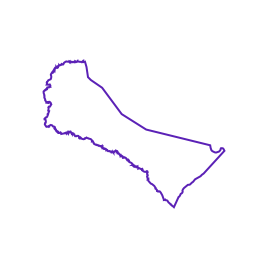 outline of Mbadjini Est, Andjazîdja, Comoros, rotated 145°
{"feature_id": "10938185B84550121750878", "entity_name": "Mbadjini Est", "entity_type": "district", "adm_level": 2, "iso_a3": "COM", "parent_name": "Comoros", "parent_adm1": "Andjazîdja", "projection": "mercator", "projection_center": [43.472, -11.838], "detail": "fine", "context": "isolated", "style": "outline", "palette": "violet", "viewbox_px": 256, "rotation_deg": 145, "n_neighbors": 0, "source": "geoboundaries", "source_scale": "gbopen_adm2", "svg_char_len": 5917}
<svg xmlns="http://www.w3.org/2000/svg" viewBox="0 0 256 256"><g transform="rotate(145 128 128)"><path d="M70.6,66.7L114.0,116.3L125.2,143.0L126.1,175.8L130.9,188.6L131.6,192.6L127.0,201.8L125.2,207.0L126.7,207.5L127.1,207.9L126.7,208.3L127.2,208.3L127.0,208.6L127.7,208.5L128.5,209.0L129.6,210.0L130.0,210.2L130.6,211.2L131.3,211.3L131.4,211.5L131.2,211.8L132.0,211.7L132.5,212.0L132.7,212.4L133.0,211.9L133.2,212.0L133.1,212.5L133.7,212.5L133.6,213.0L134.1,212.8L134.2,213.1L134.4,213.1L134.8,213.4L135.2,213.4L135.2,213.7L136.0,214.1L136.1,214.5L137.0,215.3L137.2,215.1L137.2,215.7L137.7,215.5L137.9,216.1L138.3,215.7L138.5,216.4L140.0,217.4L140.2,217.8L141.0,218.1L142.8,218.1L143.3,218.0L143.9,217.5L144.7,217.3L145.0,217.8L145.6,218.2L145.7,218.5L146.0,218.4L146.1,218.0L146.3,218.1L146.6,218.1L146.7,218.3L147.5,218.3L148.2,218.9L148.5,218.8L148.5,219.0L148.8,218.7L149.4,218.9L149.9,218.4L150.2,218.5L150.6,217.8L151.2,217.7L151.7,218.3L151.2,218.8L151.8,218.8L151.8,219.1L152.1,218.7L152.3,219.0L153.0,219.2L153.8,218.9L153.5,218.4L154.7,218.2L155.1,217.6L155.1,217.2L155.3,217.0L155.3,217.6L154.9,218.6L155.3,218.1L156.3,217.8L157.1,217.3L157.8,217.3L158.2,216.9L157.1,216.9L157.2,216.7L157.7,216.8L158.0,216.4L158.9,216.8L159.2,216.5L159.6,216.5L160.4,216.2L160.8,215.7L161.1,214.5L162.2,213.1L163.4,212.3L165.9,212.8L167.3,212.2L167.8,212.3L168.6,211.7L168.6,211.1L169.7,210.2L169.1,209.9L168.8,209.4L168.3,209.0L167.1,208.5L167.2,207.4L167.7,206.9L168.0,206.2L168.6,206.6L169.0,206.8L169.4,206.6L170.0,207.1L170.7,207.0L170.7,207.4L170.9,207.5L171.8,206.9L172.1,206.2L172.6,206.2L173.2,206.8L174.0,206.3L174.4,206.7L175.9,206.4L175.9,206.2L176.4,206.0L177.0,205.1L177.7,202.7L178.2,202.4L178.5,201.4L179.1,200.9L179.4,199.0L180.0,198.1L179.9,196.1L180.4,195.6L178.7,194.0L178.3,194.0L177.9,194.3L177.9,194.8L177.2,194.4L176.9,193.1L177.3,191.4L177.8,191.4L178.2,190.9L179.7,190.3L180.5,190.9L181.4,190.6L181.5,190.0L182.4,188.9L183.4,188.0L182.9,187.1L185.2,185.5L185.7,185.6L185.9,185.5L185.8,184.9L187.8,183.6L188.5,183.5L189.2,183.8L191.1,183.5L191.4,183.0L190.7,182.4L191.4,180.7L192.4,179.5L193.2,179.6L194.1,178.6L194.2,176.0L193.9,175.6L193.6,175.7L192.8,175.1L192.4,175.1L192.2,174.3L191.7,174.3L191.2,175.0L189.5,174.8L188.6,173.6L188.6,172.3L187.7,171.5L187.4,170.6L187.6,170.2L188.0,170.4L188.6,169.9L188.5,168.6L187.9,168.2L188.1,167.1L188.5,166.9L188.5,166.5L188.0,166.6L187.4,165.2L188.1,164.8L188.1,164.2L187.9,163.8L186.9,163.2L186.5,163.0L185.9,163.2L185.7,162.8L185.8,162.0L186.1,161.4L183.6,160.3L181.5,159.8L181.4,159.6L181.6,159.4L181.2,159.3L181.3,158.8L180.7,159.1L180.6,158.5L180.0,158.6L180.0,158.1L179.6,158.6L179.5,158.0L179.0,158.0L179.0,158.3L178.6,158.3L178.4,158.6L178.2,158.3L177.9,158.4L177.1,158.1L177.2,157.1L176.9,156.5L177.3,156.2L177.1,155.6L177.4,155.2L176.9,155.0L176.3,155.3L176.0,155.0L176.3,154.6L176.0,154.7L175.6,153.5L175.9,153.1L176.0,151.6L174.9,150.8L174.4,150.9L173.2,150.0L173.0,148.3L173.1,148.2L173.3,148.5L173.8,148.0L173.7,147.2L173.1,146.8L172.3,147.3L171.9,145.4L170.7,144.2L169.7,143.9L169.4,143.9L169.3,144.3L168.9,144.3L168.4,143.9L167.5,144.0L167.0,142.9L166.3,142.2L166.3,141.9L164.9,140.3L164.6,138.5L165.0,138.0L164.6,138.0L164.4,137.7L164.5,136.7L164.6,135.6L164.8,135.6L164.9,134.3L164.3,133.3L163.8,133.0L163.9,132.6L163.5,132.1L163.0,131.4L162.7,131.4L162.7,131.2L162.0,130.6L162.1,130.1L161.7,129.9L161.3,129.3L160.8,129.0L161.0,128.6L160.8,128.4L160.4,128.5L160.3,127.8L159.9,127.9L160.2,127.4L159.7,127.3L160.0,127.0L160.0,126.4L160.2,126.2L159.9,126.1L159.9,125.7L159.5,125.4L159.9,124.9L159.6,124.6L159.3,125.0L159.4,124.4L158.3,123.9L158.0,122.8L158.6,122.2L157.8,121.8L158.0,121.5L157.6,120.4L156.4,119.8L156.1,119.3L156.1,118.8L155.2,118.5L155.0,118.0L155.5,117.4L155.4,117.3L154.5,117.4L154.6,116.9L154.3,116.6L154.0,116.6L154.0,116.4L153.7,116.9L153.6,116.4L152.6,116.1L152.0,116.3L151.7,116.6L151.2,116.5L151.0,116.1L150.8,116.3L150.5,115.7L150.1,115.3L150.1,114.8L150.9,114.3L150.4,114.0L150.7,113.5L150.4,113.5L150.4,113.1L150.2,112.8L150.4,112.3L150.1,112.1L150.1,111.5L150.2,110.2L149.8,110.2L150.2,109.4L149.5,109.5L149.6,108.9L149.1,108.9L148.8,108.2L148.9,107.8L149.2,107.8L149.1,107.4L148.7,107.4L148.7,107.1L148.6,106.6L149.0,106.3L148.5,106.0L148.1,106.4L147.7,106.1L147.7,105.9L147.3,105.4L146.9,104.5L147.1,103.2L146.9,102.9L147.0,102.5L146.3,102.5L146.0,102.2L145.9,101.2L146.5,101.2L146.4,100.8L146.7,100.9L146.7,100.4L146.5,99.7L146.2,98.9L145.3,97.6L145.0,96.3L145.0,95.8L145.4,95.8L145.0,95.6L144.9,95.2L145.6,95.2L145.3,95.0L145.2,94.5L145.4,94.3L145.2,94.1L145.3,93.6L144.5,93.4L144.9,92.5L144.1,92.2L144.4,91.9L144.0,92.1L143.9,91.6L143.1,91.4L143.3,91.3L143.0,91.0L143.2,90.8L142.7,90.5L142.9,90.2L142.5,89.8L142.6,89.6L142.3,89.2L142.7,88.8L141.8,88.6L140.8,86.7L140.1,86.5L140.4,86.0L139.8,86.0L139.8,85.7L140.4,85.1L140.4,84.6L140.3,84.0L139.7,82.8L138.5,81.8L137.4,81.9L137.0,81.5L137.2,80.5L138.2,80.1L138.6,79.6L138.6,79.0L138.9,78.8L138.8,78.5L139.1,77.8L139.6,77.8L140.2,77.3L140.2,76.9L140.4,76.8L140.4,76.1L140.8,75.7L140.8,74.9L141.1,74.7L140.8,74.6L141.3,74.2L141.1,73.9L141.5,73.6L141.6,72.9L141.2,69.4L140.5,68.3L139.7,65.5L139.8,63.2L140.0,63.0L139.8,62.9L140.1,62.0L139.8,60.9L140.4,59.7L140.1,59.4L139.9,58.8L139.2,58.6L139.2,58.3L138.4,57.9L138.2,56.4L138.5,53.3L139.7,48.9L139.5,48.7L139.8,48.4L139.3,48.2L139.0,47.7L138.6,47.8L138.6,47.4L137.7,46.5L137.4,45.8L137.5,43.8L137.0,42.0L137.0,41.2L136.7,41.1L136.7,39.9L136.4,39.4L136.5,39.1L136.1,38.2L135.8,36.8L126.1,42.5L125.3,42.4L124.3,42.8L122.6,43.8L121.3,43.7L120.6,43.9L119.8,44.4L119.3,45.5L118.2,46.2L116.6,46.7L111.6,47.1L110.0,46.2L109.4,46.2L106.9,46.6L105.5,46.6L102.5,47.5L96.2,46.9L94.4,47.3L92.2,47.3L62.1,54.0L61.8,56.1L61.9,56.8L62.5,57.5L63.2,58.0L63.5,58.1L63.9,57.9L64.7,57.1L66.5,56.5L67.4,56.6L70.0,57.4L70.9,58.3L72.2,60.7L72.4,62.0L71.7,64.4L70.6,66.7Z" fill="none" stroke="#5b21b6" stroke-width="2"/></g></svg>